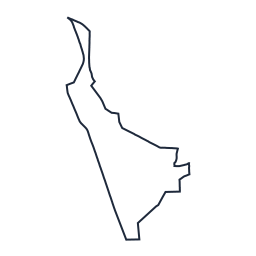 Al Salam, Al Qahirah, Egypt, rotated 89°
{"feature_id": "37247803B59541002076203", "entity_name": "Al Salam", "entity_type": "district", "adm_level": 2, "iso_a3": "EGY", "parent_name": "Egypt", "parent_adm1": "Al Qahirah", "projection": "mercator", "projection_center": [31.361, 30.163], "detail": "fine", "context": "isolated", "style": "outline", "palette": "slate", "viewbox_px": 256, "rotation_deg": 89, "n_neighbors": 0, "source": "geoboundaries", "source_scale": "gbopen_adm2", "svg_char_len": 5403}
<svg xmlns="http://www.w3.org/2000/svg" viewBox="0 0 256 256"><g transform="rotate(89 128 128)"><path d="M84.1,188.6L85.2,188.4L86.7,188.3L87.5,188.2L89.5,188.0L90.3,187.9L91.0,187.8L91.8,187.7L92.7,187.4L95.0,186.5L95.8,186.1L97.0,185.6L97.8,185.3L98.2,185.1L98.9,184.8L102.8,183.3L105.1,182.3L108.0,181.2L111.6,179.7L113.1,179.1L115.3,178.3L115.5,178.2L116.6,177.8L117.1,177.6L117.6,177.4L119.2,176.7L119.7,176.5L120.1,176.4L120.4,176.2L120.6,176.1L120.8,176.0L121.1,175.8L121.4,175.6L121.7,175.3L122.4,174.9L122.5,174.7L122.9,174.4L123.4,173.8L124.0,173.3L124.8,172.5L126.9,170.5L127.6,169.9L128.0,169.6L128.3,169.4L128.7,169.1L129.3,168.8L130.4,168.3L132.3,167.7L134.4,167.1L136.9,166.3L138.2,165.9L140.8,165.0L141.9,164.6L143.1,164.1L144.0,163.8L144.7,163.5L145.3,163.3L145.9,163.1L146.4,162.9L149.2,162.0L151.1,161.4L152.1,161.0L153.1,160.7L157.0,159.5L158.6,158.9L159.6,158.7L161.0,158.2L162.7,157.6L163.7,157.3L164.8,157.0L166.1,156.6L167.4,156.1L168.7,155.7L169.9,155.3L172.0,154.6L174.8,153.7L177.5,152.9L180.3,151.9L183.0,151.1L184.5,150.6L186.1,150.1L186.8,149.9L187.6,149.6L188.3,149.4L189.6,149.0L191.1,148.5L191.5,148.4L192.8,148.0L195.7,147.1L196.7,146.7L198.3,146.2L199.6,145.8L200.6,145.5L201.7,145.1L202.6,144.9L204.4,144.3L206.0,143.8L207.6,143.3L208.7,142.9L209.7,142.6L239.6,131.7L239.6,118.6L223.2,119.8L206.8,101.2L205.6,99.1L197.5,94.5L192.6,91.6L192.5,77.3L191.0,77.2L189.9,77.3L188.6,77.2L187.9,77.3L186.9,77.3L185.9,77.3L184.9,77.3L182.7,77.3L181.3,77.4L180.9,77.4L180.5,77.4L180.1,76.8L179.9,76.4L179.4,75.7L178.7,74.7L178.4,74.3L178.0,73.7L177.8,73.4L177.5,73.0L177.3,72.5L177.0,71.8L176.8,71.1L176.6,70.5L175.8,68.5L175.6,68.1L175.4,67.4L173.8,67.5L172.8,67.6L172.2,67.6L171.3,67.6L168.8,67.7L168.3,67.6L167.7,67.5L166.7,67.5L165.7,67.7L165.1,67.7L164.3,67.6L164.3,68.1L164.8,68.8L165.1,69.3L165.3,69.7L165.5,70.4L165.6,70.9L165.7,71.4L165.8,72.0L166.0,72.5L166.3,74.0L166.5,74.9L166.6,75.4L166.8,76.3L167.0,77.3L167.0,78.2L167.0,79.1L166.9,81.3L166.8,82.2L166.2,82.1L165.7,82.2L165.4,82.3L164.8,82.3L164.3,82.3L163.7,82.2L163.4,81.9L163.2,81.4L162.6,81.0L161.9,80.7L161.4,80.5L160.8,80.3L159.7,80.0L159.2,79.9L158.6,79.9L157.8,79.8L157.1,79.9L156.6,79.9L156.0,79.9L155.4,79.9L154.9,79.9L154.5,79.8L154.1,79.8L153.6,79.6L152.0,79.2L150.6,78.8L149.5,78.5L149.3,79.3L149.2,80.4L149.1,81.5L149.1,82.1L149.0,82.7L149.0,83.2L148.9,83.7L148.8,85.1L148.8,85.8L148.7,87.4L148.6,89.0L148.6,89.6L148.5,90.1L148.5,90.6L148.4,91.0L148.4,91.7L148.3,93.5L148.3,94.1L148.3,94.5L148.3,95.6L148.1,96.4L147.8,97.2L147.0,98.5L146.3,99.7L144.6,102.9L142.7,106.6L142.0,107.7L141.6,108.2L141.2,109.1L140.0,111.2L139.7,111.8L138.2,114.6L137.6,115.6L136.6,117.3L135.6,119.3L134.8,121.0L134.0,122.1L133.3,123.5L132.8,124.4L132.0,126.0L127.9,133.8L121.8,136.6L113.5,137.4L112.8,141.2L112.5,144.1L108.4,150.2L100.9,153.2L97.5,155.1L85.1,164.0L83.7,162.9L80.8,160.4L80.7,160.5L80.4,160.8L80.1,161.0L79.6,161.3L79.3,161.6L78.9,161.8L78.7,162.0L78.4,162.1L77.9,162.3L77.1,162.7L76.8,162.8L76.6,162.9L76.4,163.0L76.1,163.0L75.8,163.1L75.4,163.2L75.2,163.2L74.7,163.2L74.2,163.3L73.8,163.4L73.4,163.4L72.9,163.5L72.6,163.6L72.4,163.7L72.1,163.8L71.9,163.9L71.4,164.1L71.1,164.2L70.7,164.3L70.2,164.6L69.9,164.8L69.7,164.8L69.4,164.9L69.1,165.0L68.9,165.0L68.2,165.1L67.3,165.2L66.9,165.3L66.7,165.3L66.4,165.5L66.2,165.5L65.9,165.5L65.7,165.5L65.2,165.5L64.4,165.6L64.0,165.6L63.3,165.6L63.1,165.6L62.7,165.7L61.8,165.7L61.6,165.7L61.4,165.7L60.9,165.7L60.4,165.7L60.0,165.7L59.7,165.7L58.8,165.7L58.1,165.7L57.4,165.8L56.8,165.7L56.5,165.7L56.4,165.7L56.0,165.7L55.8,165.7L55.4,165.7L54.6,165.6L54.2,165.6L53.9,165.6L48.3,165.3L47.8,165.3L46.8,165.2L46.2,165.2L45.3,165.2L44.5,165.1L43.4,165.1L42.5,165.0L41.9,165.0L41.3,165.0L41.2,165.0L40.9,165.0L40.5,165.0L40.2,165.0L39.8,165.0L39.5,165.0L39.4,165.0L39.2,164.9L38.8,164.9L38.5,164.9L38.0,164.9L37.6,164.9L37.1,164.8L36.6,164.8L36.1,164.8L35.6,164.7L35.3,164.7L35.2,164.7L34.9,164.7L34.7,164.7L34.3,164.7L34.0,164.7L32.2,164.7L31.5,164.6L31.1,164.6L30.6,164.6L30.3,164.9L29.7,165.4L29.2,165.9L28.6,166.5L28.0,167.0L27.2,167.8L26.3,168.7L26.2,168.8L25.8,169.2L25.7,169.3L25.5,169.5L25.4,169.6L25.0,170.1L24.8,170.3L24.5,170.6L23.6,171.7L23.4,171.9L23.3,172.1L23.2,172.3L22.8,172.9L22.2,173.8L22.1,174.0L21.8,174.6L21.6,175.1L21.4,175.4L21.3,175.9L21.2,176.2L21.1,176.4L20.7,177.1L20.6,177.4L20.2,178.2L19.7,179.4L19.2,180.5L18.8,181.2L18.7,181.4L18.5,181.8L18.4,182.3L18.3,182.6L18.2,182.7L18.2,182.8L18.1,183.1L17.9,183.5L17.2,185.0L16.8,185.8L16.4,186.7L16.5,186.6L16.9,186.1L17.0,185.9L17.2,185.7L17.8,185.0L18.2,184.4L18.3,184.3L18.5,184.1L18.9,183.7L19.2,183.5L19.4,183.3L19.5,183.2L19.8,183.0L20.1,182.7L20.3,182.6L20.8,182.3L21.0,182.2L21.5,181.9L23.1,181.3L23.5,181.1L23.9,181.0L24.2,180.9L24.8,180.6L25.0,180.6L25.3,180.5L25.5,180.4L26.3,180.3L26.5,180.2L27.0,180.0L27.3,179.9L27.8,179.7L29.5,179.1L30.7,178.6L31.5,178.3L32.2,178.1L32.3,178.0L33.1,177.7L35.1,177.0L35.7,176.8L36.1,176.6L36.6,176.5L37.3,176.3L38.3,175.9L41.4,175.0L42.2,174.7L43.3,174.2L44.7,173.9L46.2,173.5L47.5,173.1L49.1,172.6L50.0,172.4L50.9,172.1L52.2,171.8L53.3,171.5L54.4,171.2L55.5,171.1L56.8,171.0L57.7,170.9L58.8,171.0L59.3,171.0L61.2,171.4L63.1,172.0L67.5,174.2L70.0,175.5L71.1,176.0L72.6,176.8L73.9,177.5L75.5,178.3L76.8,179.0L78.2,179.7L79.6,180.4L80.8,181.0L81.5,181.4L82.7,184.9L83.2,186.2L84.1,188.6Z" fill="none" stroke="#1e293b" stroke-width="2"/></g></svg>